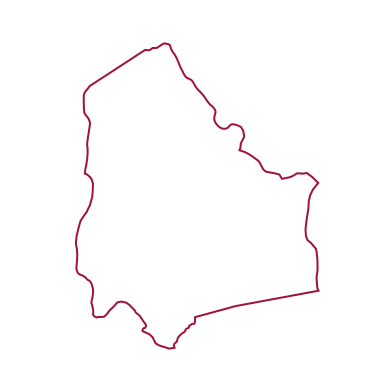 outline of Coolie Town, Laborie, Saint Lucia, rotated 351°
{"feature_id": "8701671B72346500642507", "entity_name": "Coolie Town", "entity_type": "district", "adm_level": 2, "iso_a3": "LCA", "parent_name": "Saint Lucia", "parent_adm1": "Laborie", "projection": "mercator", "projection_center": [-60.967, 13.77], "detail": "fine", "context": "isolated", "style": "outline", "palette": "rose", "viewbox_px": 384, "rotation_deg": 351, "n_neighbors": 0, "source": "geoboundaries", "source_scale": "gbopen_adm2", "svg_char_len": 3563}
<svg xmlns="http://www.w3.org/2000/svg" viewBox="0 0 384 384"><g transform="rotate(351 192 192)"><path d="M76.4,299.9L78.5,301.1L80.1,300.7L81.6,301.1L85.5,301.5L88.4,299.7L92.3,295.9L94.4,294.5L98.1,291.9L100.6,289.5L104.7,289.1L109.6,290.9L112.5,293.7L117.0,300.1L117.5,302.1L121.0,306.1L123.2,310.9L125.5,315.5L125.7,317.3L124.3,318.9L123.0,318.9L121.6,320.1L121.4,321.7L126.1,324.7L127.8,325.9L130.2,329.1L132.5,335.9L135.4,338.3L138.5,339.9L140.7,340.9L144.9,343.1L147.1,343.1L150.4,343.1L150.0,340.9L151.0,339.1L153.7,337.3L155.4,333.5L159.3,330.5L162.8,328.9L164.7,326.3L167.7,325.5L168.0,324.1L171.3,322.3L173.5,322.5L174.8,320.5L175.4,316.1L217.3,311.5L301.5,309.3L300.8,306.6L301.0,302.6L301.6,296.1L303.8,288.7L305.2,279.1L305.7,271.8L305.6,267.7L301.6,261.0L298.7,257.8L297.7,253.6L298.2,246.9L301.0,236.7L304.4,226.5L305.9,219.3L308.2,213.7L311.9,208.4L317.3,203.5L318.1,202.8L313.0,195.9L308.3,191.1L305.1,191.3L298.8,190.0L294.1,191.9L291.0,192.7L285.0,193.0L282.9,193.0L281.0,188.4L277.4,186.8L268.2,183.5L265.8,180.6L264.0,175.2L262.7,171.9L257.4,166.5L254.8,164.1L250.6,160.9L245.4,158.2L246.7,156.0L247.8,151.7L252.2,145.5L252.2,139.8L250.6,135.5L248.0,133.6L246.8,133.0L245.9,132.5L244.5,131.9L243.4,131.6L242.1,131.4L240.8,131.6L239.4,132.5L237.8,133.9L236.3,134.5L234.8,134.8L233.4,134.5L232.0,134.2L230.9,133.5L229.8,132.7L228.7,131.6L227.8,130.4L227.0,129.2L226.3,127.8L225.9,126.9L225.6,125.7L225.4,124.9L225.4,123.5L225.5,122.7L225.9,121.3L226.2,120.4L226.7,119.3L227.0,118.7L227.5,117.5L227.8,116.1L227.8,115.7L227.6,114.7L227.2,113.6L226.6,112.3L225.1,110.1L224.0,109.1L223.1,107.8L222.3,106.4L221.5,105.0L220.8,103.5L220.1,102.1L219.1,99.8L218.2,98.2L217.1,96.4L216.1,95.0L215.2,93.6L214.3,92.5L213.7,91.6L213.1,90.5L212.4,89.3L211.7,87.9L211.4,87.1L210.9,85.4L210.5,84.3L209.7,82.6L209.3,81.8L208.5,81.0L207.5,80.2L206.1,79.3L205.2,78.6L204.1,77.7L203.5,76.7L203.1,75.9L202.6,74.6L202.1,73.3L201.6,71.6L201.4,70.6L200.7,68.9L200.2,67.0L199.5,64.5L199.0,62.3L198.6,60.8L198.2,59.0L197.7,57.3L197.3,56.0L196.9,54.9L196.5,53.8L196.0,52.8L195.3,51.4L194.7,50.2L194.3,49.0L193.7,47.5L193.5,45.9L193.1,43.4L191.6,42.2L188.9,41.2L187.4,40.9L184.1,42.2L181.8,43.3L180.4,44.0L178.7,44.1L175.7,43.6L172.5,45.2L171.1,45.2L168.0,44.3L111.0,69.8L109.2,70.6L107.7,71.2L104.8,74.1L102.7,75.8L101.6,77.0L100.2,79.6L98.9,88.0L98.2,93.5L98.1,96.2L98.2,97.7L98.9,99.0L101.2,103.2L101.9,106.0L102.0,108.5L99.8,115.5L97.1,123.9L95.9,128.3L95.6,133.1L95.0,137.2L93.7,142.7L91.8,148.7L90.5,151.9L89.8,154.4L89.0,157.1L90.8,158.0L93.6,161.2L94.9,164.1L95.5,168.5L93.8,176.8L92.5,181.8L91.2,184.4L89.0,189.3L86.5,192.7L84.7,195.5L83.2,196.8L82.7,197.4L81.6,198.5L80.5,199.7L79.9,200.3L79.0,201.3L78.4,202.0L77.9,202.6L77.3,203.4L76.8,204.2L76.2,205.7L75.9,206.3L72.8,213.3L71.0,218.0L70.4,220.3L69.7,222.7L69.5,223.5L69.2,226.0L69.2,227.2L69.4,228.7L69.4,230.4L69.3,232.0L69.1,233.3L69.0,235.4L68.5,237.6L68.3,238.9L68.1,239.9L67.7,242.1L67.2,243.8L66.8,245.5L66.4,246.7L66.1,248.5L65.9,249.4L65.9,250.7L66.0,251.5L66.3,252.8L66.5,253.7L67.1,254.8L68.1,255.8L68.7,256.2L69.9,256.8L70.9,257.5L72.3,258.7L73.4,259.7L73.9,260.6L74.8,262.0L75.7,262.8L76.7,263.6L77.4,264.5L77.6,264.9L78.1,266.2L78.4,267.0L78.6,268.3L78.7,269.4L78.8,270.2L79.0,271.2L79.0,272.7L78.9,273.3L78.8,274.5L78.5,275.9L78.2,277.0L78.0,278.0L77.4,279.8L76.8,281.7L76.3,282.7L75.8,283.7L75.5,285.0L75.3,285.9L75.5,287.0L75.7,288.1L75.7,289.1L75.8,290.5L75.8,291.9L75.9,293.5L75.7,295.3L75.3,296.5L75.1,297.6L75.7,298.9L76.4,299.9Z" fill="none" stroke="#9f1239" stroke-width="2"/></g></svg>